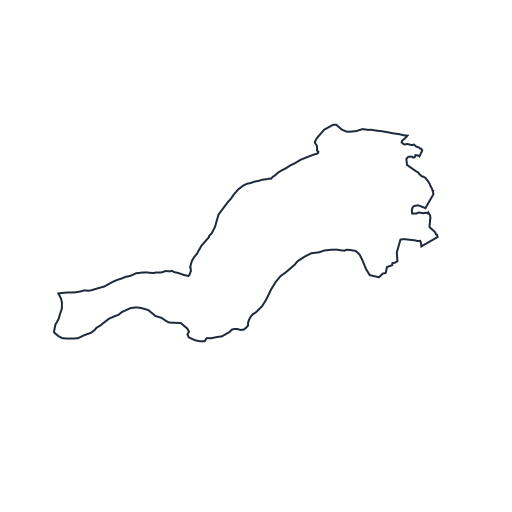 the district of Abnub, Asyut, Egypt, rotated 311°
{"feature_id": "37247803B63981628133809", "entity_name": "Abnub", "entity_type": "district", "adm_level": 2, "iso_a3": "EGY", "parent_name": "Egypt", "parent_adm1": "Asyut", "projection": "natural_earth1", "projection_center": [31.107, 27.295], "detail": "fine", "context": "isolated", "style": "outline", "palette": "slate", "viewbox_px": 512, "rotation_deg": 311, "n_neighbors": 0, "source": "geoboundaries", "source_scale": "gbopen_adm2", "svg_char_len": 4188}
<svg xmlns="http://www.w3.org/2000/svg" viewBox="0 0 512 512"><g transform="rotate(311 256 256)"><path d="M446.2,291.3L444.3,288.8L442.0,284.3L437.9,278.0L436.2,274.8L435.0,272.9L432.7,269.1L429.2,264.0L426.9,260.2L425.1,258.3L423.4,255.8L421.7,253.2L418.7,251.3L416.4,250.0L412.3,246.2L409.4,243.0L407.7,238.0L407.7,234.2L407.7,230.4L406.0,228.5L404.8,227.8L399.6,225.9L396.1,224.6L393.7,224.6L390.2,224.6L387.3,224.6L385.0,224.6L382.1,225.2L380.3,225.8L379.1,229.6L377.4,231.5L375.6,232.8L375.6,234.7L374.5,235.3L373.7,235.0L372.7,234.6L371.0,233.4L365.1,230.2L357.6,226.4L351.2,224.4L347.1,222.5L342.4,221.2L337.7,219.3L333.7,218.0L329.0,217.4L326.7,216.7L324.3,216.7L323.7,216.0L322.6,214.8L320.8,213.5L317.3,210.4L315.0,209.1L310.9,205.9L307.4,204.0L305.1,202.1L301.0,200.2L297.5,199.5L294.6,198.9L290.5,198.9L287.6,198.9L283.0,199.5L278.8,199.4L278.3,199.4L262.8,200.5L255.0,204.1L251.2,205.9L244.5,207.6L243.2,207.6L241.0,207.5L240.3,207.5L239.8,207.8L239.2,208.2L237.2,208.1L233.9,208.1L229.8,208.1L227.5,208.1L226.8,208.3L225.2,208.7L221.1,209.4L219.3,210.0L217.6,210.0L215.2,210.0L211.2,210.6L209.4,211.2L204.2,213.7L204.2,214.4L201.8,216.9L201.2,216.9L199.3,217.7L198.3,218.1L196.6,218.1L194.2,213.7L192.5,209.2L190.2,204.8L189.6,202.3L187.8,201.0L185.5,197.8L181.4,195.3L177.4,190.8L176.2,190.2L173.3,186.4L172.1,184.5L168.6,180.7L165.7,178.2L164.5,176.9L158.7,174.3L154.6,171.2L150.6,169.2L146.5,166.7L142.4,164.8L138.9,163.5L133.6,161.6L130.7,159.7L124.9,155.9L122.6,154.6L120.2,152.7L117.3,148.9L114.4,147.0L112.7,145.7L111.2,144.4L109.7,143.2L105.7,138.7L102.7,135.6L98.1,131.4L95.7,137.3L93.1,140.5L88.9,144.0L83.8,146.1L78.8,148.4L72.7,149.6L66.0,153.4L65.8,155.8L65.9,156.8L65.9,157.3L65.9,159.3L66.8,163.5L69.3,167.0L74.0,172.4L77.1,175.6L82.6,177.9L85.5,179.4L89.4,181.7L93.9,182.8L96.8,182.7L98.4,183.1L101.7,184.2L104.3,184.6L112.3,186.2L118.0,188.9L121.3,190.8L125.6,191.5L134.4,195.5L138.7,199.4L141.0,202.8L142.9,206.5L144.6,210.5L144.6,213.8L144.7,216.1L144.7,219.5L147.3,225.1L147.9,230.2L148.6,233.7L150.1,235.8L154.0,240.6L156.1,243.4L156.1,248.0L156.2,251.5L155.0,255.0L151.8,255.8L150.5,258.6L152.4,265.2L153.4,267.0L154.9,269.7L158.0,273.2L160.8,272.7L161.9,272.9L164.3,275.9L169.5,279.9L172.8,282.9L176.8,284.3L181.4,285.9L184.7,286.1L186.5,287.4L188.5,289.6L190.1,292.9L192.4,295.0L195.0,295.6L198.3,295.6L200.7,293.6L204.0,292.4L206.2,291.9L208.2,291.8L209.7,291.8L213.5,292.9L218.6,293.3L222.3,293.5L230.2,292.2L240.3,289.4L249.0,287.9L256.9,287.7L262.7,289.1L274.6,290.9L279.3,290.8L287.7,293.2L291.3,294.7L294.3,295.9L300.2,301.2L305.0,304.0L305.3,304.2L310.1,308.7L313.9,312.9L316.3,316.8L318.1,319.3L318.9,319.7L319.0,319.7L319.1,319.8L320.3,320.4L322.7,323.8L325.1,327.7L325.2,332.8L322.9,338.5L318.3,347.7L316.2,354.3L316.2,354.5L316.7,355.4L317.0,355.8L317.4,356.6L317.6,357.1L320.7,362.8L325.0,363.1L325.9,363.2L327.3,364.3L327.8,364.7L328.3,365.0L329.5,364.4L331.6,363.2L333.5,362.1L338.4,364.8L340.2,363.6L342.0,365.2L344.0,365.9L344.8,366.2L350.3,360.7L351.1,359.9L363.1,354.3L364.7,355.5L366.4,357.4L371.1,364.3L371.7,365.0L373.1,367.8L374.0,368.8L375.2,370.0L373.7,372.4L371.7,374.5L372.3,374.7L389.5,380.6L390.2,379.5L390.6,379.0L390.7,378.5L390.4,377.7L391.4,375.8L391.6,373.1L391.6,368.2L392.8,367.0L395.7,365.1L398.0,363.2L398.6,363.2L400.9,360.7L401.8,357.7L401.0,358.1L400.4,356.3L399.2,355.0L398.1,354.3L396.9,352.4L396.3,351.2L395.1,349.9L393.4,349.3L391.7,347.4L390.5,346.1L391.1,345.4L392.2,344.2L392.8,343.6L394.0,342.9L395.8,342.3L396.9,342.3L398.1,343.0L400.4,344.9L401.6,347.4L402.1,349.3L402.7,350.6L403.3,352.5L409.2,351.3L419.1,349.4L420.8,346.9L421.4,346.9L421.4,346.2L423.2,342.4L423.2,341.8L424.3,339.9L425.5,336.1L426.1,332.3L425.5,329.8L424.9,329.2L425.0,325.4L425.5,323.5L425.0,321.6L423.8,310.2L425.0,308.9L427.3,306.4L427.9,305.8L430.3,305.8L431.4,306.4L433.2,308.3L433.2,309.6L434.3,310.9L435.5,310.9L436.7,310.2L437.2,310.9L437.8,311.5L438.4,313.4L438.4,314.0L442.6,312.8L444.8,312.2L445.4,310.3L444.8,309.6L444.8,307.7L443.7,305.2L443.7,302.0L442.5,301.4L441.9,300.8L439.6,296.3L438.4,295.7L437.3,294.4L437.3,291.3L439.0,290.6L442.5,291.3L446.2,291.3Z" fill="none" stroke="#1e293b" stroke-width="2"/></g></svg>